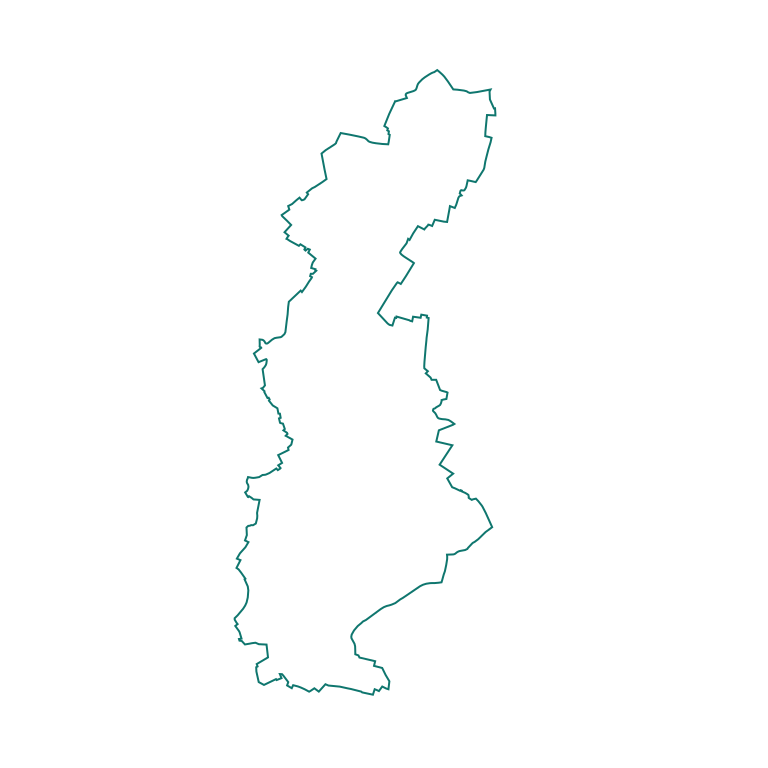 outline of Van Lam, Hưng Yên, Vietnam, rotated 281°
{"feature_id": "81297802B83094530275497", "entity_name": "Van Lam", "entity_type": "district", "adm_level": 2, "iso_a3": "VNM", "parent_name": "Vietnam", "parent_adm1": "Hưng Yên", "projection": "albers", "projection_center": [106.05, 20.973], "detail": "fine", "context": "isolated", "style": "outline", "palette": "teal", "viewbox_px": 768, "rotation_deg": 281, "n_neighbors": 0, "source": "geoboundaries", "source_scale": "gbopen_adm2", "svg_char_len": 6113}
<svg xmlns="http://www.w3.org/2000/svg" viewBox="0 0 768 768"><g transform="rotate(281 384 384)"><path d="M663.7,341.0L650.2,337.6L637.3,335.1L636.5,337.2L635.6,339.1L633.6,338.8L633.0,340.6L630.2,340.7L629.7,342.1L623.0,342.4L620.1,342.4L619.3,336.6L618.8,330.2L618.7,326.7L618.9,324.1L619.3,322.5L620.5,320.8L621.5,319.0L621.9,317.3L622.1,311.8L622.2,302.8L622.1,293.6L612.9,291.1L611.2,290.9L609.9,289.9L602.4,282.1L598.3,278.7L583.0,284.8L574.2,288.5L570.3,284.8L564.2,278.5L562.4,276.1L557.2,271.7L555.8,273.3L550.1,270.7L549.0,269.1L548.7,268.1L550.8,265.5L547.8,263.0L543.1,259.4L540.4,256.0L537.1,257.8L530.3,251.3L529.3,252.1L525.7,257.7L522.4,262.5L514.0,257.4L511.4,262.1L509.3,261.1L507.9,260.6L507.7,261.5L506.5,264.3L503.4,274.1L505.2,275.3L503.1,280.8L500.8,280.2L500.0,281.5L502.2,283.4L501.8,285.5L498.5,284.6L494.0,292.9L489.7,290.9L487.0,290.5L484.0,290.4L483.6,294.8L482.8,294.7L482.3,295.9L478.6,293.2L478.2,291.1L475.8,290.9L475.1,292.9L474.2,292.7L470.3,290.9L464.6,288.7L458.6,285.9L459.8,284.4L446.6,274.9L441.5,275.2L433.9,276.1L427.1,276.5L416.1,277.3L413.9,276.7L410.8,274.4L410.2,273.5L408.9,269.7L408.1,267.8L406.1,265.6L402.4,262.6L401.6,261.8L401.3,261.1L401.3,260.2L401.4,259.9L403.0,258.6L403.9,257.3L404.2,256.1L404.0,253.4L398.5,254.6L397.2,254.7L396.7,255.1L396.4,256.4L396.1,256.6L389.1,250.5L381.5,256.7L385.8,263.3L385.9,263.7L385.3,264.3L383.8,264.5L381.5,264.6L379.8,264.3L377.5,263.3L375.4,262.0L359.9,267.4L357.1,265.9L356.3,264.6L354.1,268.1L353.2,268.1L348.0,272.3L348.5,273.4L347.0,274.7L345.7,274.2L341.7,278.9L340.3,282.7L339.8,284.0L334.8,286.0L335.0,287.5L331.1,289.0L330.2,287.5L326.6,289.1L326.5,289.3L325.9,289.6L325.8,292.4L320.9,295.2L319.3,294.1L317.6,298.1L316.6,298.8L314.4,297.4L312.0,304.8L307.4,304.6L306.7,304.5L303.3,301.9L301.0,302.9L294.0,293.7L287.1,299.0L284.0,295.7L281.7,298.5L281.0,298.1L279.2,296.2L280.5,294.4L274.8,288.6L273.4,286.6L272.4,285.1L271.9,283.6L271.5,282.1L268.8,279.2L267.4,275.5L266.9,273.8L266.7,272.4L266.7,268.3L265.3,268.2L263.6,267.8L261.8,267.9L260.7,268.4L259.0,269.9L257.2,270.6L255.2,270.6L253.1,270.1L251.1,268.4L247.2,271.9L247.1,272.3L248.1,272.9L247.0,275.7L245.8,277.9L246.5,284.0L233.2,284.0L230.4,284.8L228.0,285.1L222.6,284.8L220.4,282.4L220.1,280.5L219.3,279.4L218.8,277.8L216.9,276.4L209.5,278.2L203.9,277.4L202.9,281.1L197.3,279.1L190.3,274.9L184.5,272.9L183.7,276.7L175.3,274.3L174.3,276.6L171.6,279.7L166.4,285.1L165.7,284.4L159.3,288.9L155.5,290.2L148.5,291.0L143.3,290.8L140.0,290.0L136.5,288.6L128.9,284.4L125.6,282.1L124.2,282.4L121.5,284.8L120.4,286.1L118.1,284.2L113.8,288.8L112.8,289.6L106.9,292.7L106.0,290.3L104.5,291.1L104.6,293.4L101.8,297.2L103.5,301.7L104.4,303.9L105.5,307.2L104.7,310.8L105.8,318.4L93.5,322.3L84.8,312.5L84.1,312.9L82.6,313.8L81.6,312.6L77.4,313.6L67.5,317.9L65.7,323.6L73.7,334.3L72.9,335.1L75.7,339.5L79.4,337.1L79.7,339.3L78.3,341.1L73.1,346.9L69.6,346.4L67.8,351.5L71.0,352.3L70.7,357.2L70.2,360.2L69.2,364.4L67.7,369.2L68.7,370.4L72.0,373.7L69.6,378.7L78.1,383.8L77.4,387.0L78.5,398.3L78.3,406.4L78.3,409.7L77.7,420.4L77.1,421.4L76.9,432.4L82.6,433.1L82.2,435.3L81.6,437.6L86.7,440.0L85.5,444.2L85.2,446.6L93.2,446.0L98.7,441.1L104.9,436.4L105.4,428.0L110.2,428.2L110.8,412.1L112.7,410.7L113.2,407.4L117.1,406.6L121.0,405.7L123.4,404.6L128.2,400.6L129.7,400.1L131.9,400.1L136.4,401.6L141.4,404.4L144.9,407.3L146.9,408.7L148.9,411.3L162.4,423.7L164.9,426.4L166.6,429.0L167.7,431.4L168.9,433.6L171.1,436.9L175.7,441.1L177.6,443.3L192.4,458.0L194.4,460.6L196.0,463.6L197.4,467.5L198.2,471.5L199.4,475.7L200.3,478.3L202.1,478.5L208.5,479.0L211.8,479.5L218.2,479.6L221.4,479.5L224.2,479.4L226.5,479.0L228.5,478.4L229.7,483.6L230.1,485.0L231.0,486.3L232.6,487.6L233.8,489.0L234.5,490.2L236.5,495.3L238.0,497.3L239.1,497.7L244.5,501.1L245.2,501.7L246.2,503.0L249.6,506.1L258.0,511.9L264.1,517.5L276.8,508.5L282.5,504.0L283.5,503.0L287.1,498.8L289.0,496.1L287.7,493.2L287.0,492.3L288.2,489.2L288.5,488.8L289.3,488.8L291.2,488.0L291.7,487.0L292.6,484.5L293.4,480.9L294.1,480.8L294.4,479.5L293.7,479.1L295.1,473.7L295.7,470.6L303.4,464.1L309.2,469.0L315.4,454.0L336.9,462.8L337.5,446.3L349.0,446.7L357.2,459.6L358.2,460.7L360.1,456.7L361.0,454.1L361.0,451.0L360.6,447.6L360.6,445.3L360.7,444.3L361.1,443.3L361.9,442.5L363.9,441.0L365.2,439.8L366.8,437.4L367.3,437.1L368.7,437.2L369.1,437.4L369.5,438.2L370.1,439.0L371.0,439.6L373.3,442.3L374.2,443.1L376.0,443.6L377.3,443.7L378.2,443.8L379.2,443.6L380.1,445.3L381.2,448.1L387.7,448.0L388.0,447.0L388.4,442.1L388.8,440.2L398.1,434.4L397.2,429.9L399.2,428.5L402.4,423.0L404.9,424.6L407.1,420.6L409.1,420.1L413.4,419.5L428.2,417.9L434.9,417.3L437.5,417.0L445.8,416.5L457.3,415.2L457.4,413.3L459.3,413.2L459.2,407.4L456.0,407.3L455.6,399.7L450.9,399.7L451.0,397.7L451.4,396.8L452.6,383.4L451.2,383.4L451.2,382.1L443.0,381.1L443.1,378.1L444.1,376.0L452.5,364.5L477.4,373.8L485.2,377.2L486.4,377.9L486.3,378.6L485.4,381.4L494.2,385.0L508.4,390.3L508.8,389.6L512.4,380.7L513.2,378.8L514.5,376.3L515.5,375.1L516.2,374.7L517.1,374.9L520.0,376.1L526.4,379.3L531.1,380.0L530.3,381.6L537.4,383.9L545.4,387.2L543.4,394.1L544.4,394.5L548.0,396.8L548.9,397.1L548.9,398.0L548.3,401.1L554.9,402.5L554.8,411.8L555.1,415.0L566.9,414.9L571.2,414.8L570.3,419.9L573.8,420.7L581.0,421.5L582.4,422.0L583.2,422.9L583.9,424.2L584.7,423.2L585.5,422.0L588.1,422.2L589.0,422.8L589.0,424.6L589.3,425.6L589.9,426.1L592.4,427.0L594.2,427.2L599.9,427.3L599.9,429.5L599.7,435.5L601.5,436.3L613.4,440.9L615.3,441.2L621.7,441.0L627.5,441.3L634.2,441.7L641.7,442.5L646.2,442.6L646.5,440.0L646.6,436.1L650.5,435.5L655.1,435.0L667.7,433.8L668.9,442.1L670.8,441.7L675.8,440.4L675.4,439.4L683.5,433.7L691.2,431.8L693.4,432.4L688.3,419.5L686.1,412.8L686.4,411.0L687.1,409.3L687.3,406.5L686.9,400.0L686.4,395.8L693.2,389.0L697.2,384.6L698.8,382.4L701.1,378.6L702.3,376.3L699.7,373.8L699.4,373.1L698.2,371.3L696.2,369.0L692.8,365.5L690.4,363.4L686.5,360.8L685.0,360.1L683.6,359.8L680.6,359.5L679.0,359.1L678.3,358.5L677.2,357.1L674.3,351.7L673.5,350.6L672.6,350.1L671.6,350.2L669.1,351.9L663.6,341.4L663.7,341.0Z" fill="none" stroke="#0f766e" stroke-width="2"/></g></svg>